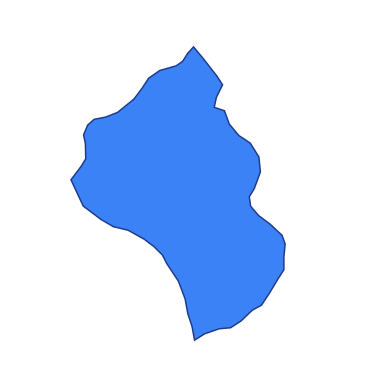 Tumpat, Kelantan, Malaysia (Albers equal-area conic projection), rotated 217°
{"feature_id": "92858781B54418175160244", "entity_name": "Tumpat", "entity_type": "district", "adm_level": 2, "iso_a3": "MYS", "parent_name": "Malaysia", "parent_adm1": "Kelantan", "projection": "albers", "projection_center": [102.164, 6.167], "detail": "fine", "context": "isolated", "style": "filled", "palette": "blue", "viewbox_px": 384, "rotation_deg": 217, "n_neighbors": 0, "source": "geoboundaries", "source_scale": "gbopen_adm2", "svg_char_len": 885}
<svg xmlns="http://www.w3.org/2000/svg" viewBox="0 0 384 384"><g transform="rotate(217 192 192)"><path d="M296.0,128.9L270.4,115.3L248.2,115.3L233.8,117.0L220.1,123.0L202.2,125.5L189.4,125.5L177.5,123.8L169.0,119.6L149.4,112.7L133.2,102.5L122.1,92.3L111.0,84.6L100.8,75.2L96.6,86.3L88.0,99.1L79.5,106.8L75.2,118.7L72.7,134.0L68.4,143.4L69.3,157.9L71.0,174.1L71.8,185.2L79.5,195.4L86.3,206.5L91.0,209.6L94.0,211.6L110.2,213.3L124.7,213.3L136.6,215.9L143.4,222.7L144.3,232.1L149.4,249.1L159.6,260.2L174.9,266.1L188.6,265.3L203.1,268.7L215.0,276.4L225.2,273.0L229.5,282.3L232.1,296.0L241.4,299.4L263.6,305.4L278.1,308.8L278.2,307.7L278.9,300.2L278.1,290.9L280.6,283.2L290.9,269.6L295.1,256.8L294.3,244.8L294.3,231.2L299.4,210.7L306.2,199.7L313.9,191.1L315.6,182.6L313.0,172.4L306.2,166.4L296.8,154.5L296.0,146.0L296.0,128.9Z" fill="#3b82f6" stroke="#1e3a8a" stroke-width="1.5"/></g></svg>